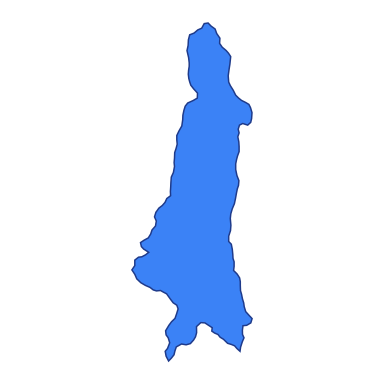 Nova União, Minas Gerais, Brazil (Albers equal-area conic projection)
{"feature_id": "56859067B33614393926372", "entity_name": "Nova União", "entity_type": "district", "adm_level": 2, "iso_a3": "BRA", "parent_name": "Brazil", "parent_adm1": "Minas Gerais", "projection": "albers", "projection_center": [-43.572, -19.623], "detail": "fine", "context": "isolated", "style": "filled", "palette": "blue", "viewbox_px": 384, "rotation_deg": 0, "n_neighbors": 0, "source": "geoboundaries", "source_scale": "gbopen_adm2", "svg_char_len": 2446}
<svg xmlns="http://www.w3.org/2000/svg" viewBox="0 0 384 384"><path d="M236.4,193.4L237.3,188.9L238.5,185.4L238.9,180.7L236.9,175.4L235.7,169.5L235.7,163.8L236.6,159.4L237.5,156.0L239.1,151.6L239.1,146.6L238.8,141.8L237.8,136.8L239.1,132.9L238.2,129.2L239.5,125.1L242.7,123.5L247.7,125.1L250.7,122.4L251.6,118.6L252.0,112.7L250.5,107.6L248.9,104.4L245.7,102.5L241.5,100.4L238.4,97.9L235.7,95.2L233.2,90.2L230.3,85.6L228.7,82.1L228.2,75.8L229.1,69.2L229.9,64.1L230.3,60.3L230.7,56.6L228.5,53.2L226.2,50.6L222.2,47.2L219.6,43.4L219.9,38.2L216.7,33.5L215.1,29.0L211.1,26.1L208.1,23.0L204.2,23.6L201.7,28.2L197.8,29.9L194.0,33.1L189.7,34.8L188.4,39.8L188.1,45.5L187.0,50.6L188.6,57.6L189.2,62.8L189.2,66.3L188.6,70.2L188.3,74.2L188.8,78.5L189.7,81.9L190.8,85.2L193.6,88.8L197.5,93.1L197.3,98.1L193.2,100.5L187.7,103.0L185.2,106.2L183.9,110.4L182.9,115.2L182.7,119.8L181.8,126.0L178.9,131.1L176.8,135.5L176.8,139.8L177.2,144.2L176.1,148.4L174.7,152.6L174.5,158.0L174.1,162.6L174.5,166.5L173.4,172.5L171.3,177.1L170.9,182.6L170.7,187.1L170.4,191.5L170.6,195.7L166.8,198.5L165.0,202.4L162.3,205.5L158.9,208.1L155.9,212.3L154.5,216.9L156.3,221.0L155.5,226.0L152.0,230.0L150.7,234.0L148.3,237.9L143.9,240.3L140.5,242.6L141.4,246.6L143.7,249.1L148.7,252.3L145.6,254.8L141.8,256.8L138.5,257.2L134.8,260.1L134.8,265.6L131.9,269.9L134.8,274.3L136.8,278.9L140.8,282.7L145.4,285.4L150.0,287.4L153.2,289.9L156.4,290.9L160.5,290.5L163.5,292.2L166.6,293.8L168.6,296.6L170.6,299.4L173.2,302.8L176.8,305.2L178.1,308.9L176.6,313.8L175.0,318.4L171.5,321.8L168.9,325.3L165.6,330.8L166.1,334.9L168.2,337.8L169.7,342.8L167.5,348.5L165.2,351.3L166.1,356.2L168.6,361.0L171.4,358.1L174.0,354.8L175.0,350.7L176.3,346.9L181.5,344.0L186.1,344.8L190.4,343.6L193.6,340.0L195.5,336.8L196.6,332.7L196.5,326.6L200.8,322.6L204.9,322.9L208.7,325.4L212.2,327.7L211.8,331.1L214.5,333.0L218.0,334.5L220.1,337.2L223.5,339.3L227.6,343.3L231.5,344.5L234.6,345.8L236.9,348.5L240.0,351.3L240.6,347.1L242.3,341.8L244.0,337.8L242.5,334.4L242.4,330.2L243.0,325.7L246.7,325.3L250.8,322.9L252.1,318.6L249.1,315.4L245.7,311.6L244.2,306.6L243.7,302.9L242.5,299.0L241.5,294.1L240.5,290.7L240.3,285.4L240.3,281.7L239.6,277.9L237.1,274.0L233.6,270.5L234.1,266.4L234.1,261.8L233.0,258.4L232.8,254.5L232.3,249.3L231.3,244.2L228.7,241.5L228.7,236.1L230.5,230.6L230.9,225.3L230.3,218.5L230.8,213.8L232.3,208.7L234.4,203.7L235.5,198.5L236.4,193.4Z" fill="#3b82f6" stroke="#1e3a8a" stroke-width="1.5"/></svg>